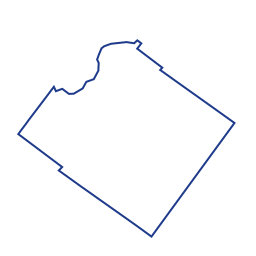 Clark, Illinois, United States of America (Equal Earth projection), rotated 217°
{"feature_id": "52423323B65580501583710", "entity_name": "Clark", "entity_type": "district", "adm_level": 2, "iso_a3": "USA", "parent_name": "United States of America", "parent_adm1": "Illinois", "projection": "equal_earth", "projection_center": [-87.661, 39.322], "detail": "fine", "context": "isolated", "style": "outline", "palette": "blue", "viewbox_px": 256, "rotation_deg": 217, "n_neighbors": 0, "source": "geoboundaries", "source_scale": "gbopen_adm2", "svg_char_len": 629}
<svg xmlns="http://www.w3.org/2000/svg" viewBox="0 0 256 256"><g transform="rotate(217 128 128)"><path d="M46.0,196.1L66.0,195.6L137.2,193.7L136.9,196.8L168.4,196.9L168.3,203.6L173.3,203.6L174.1,199.4L180.9,195.7L192.2,185.1L196.2,179.0L197.1,175.7L195.4,169.0L193.9,164.1L190.5,162.3L186.8,156.8L186.2,156.1L184.7,146.4L189.0,139.9L188.9,138.5L188.0,132.3L192.0,122.7L195.7,119.7L204.1,119.7L207.7,114.0L212.0,116.3L212.0,102.7L212.1,75.6L212.1,75.1L212.0,69.7L212.0,62.1L212.0,60.6L211.9,57.1L157.1,57.2L157.7,52.4L130.8,53.0L62.7,55.1L43.9,55.4L44.6,102.0L46.0,196.1Z" fill="none" stroke="#1e3a8a" stroke-width="2"/></g></svg>